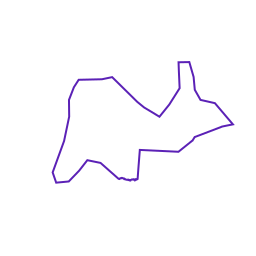 outline of To'vshru'ulex, Arhangay, Mongolia, rotated 47°
{"feature_id": "93677404B19526737982487", "entity_name": "To'vshru'ulex", "entity_type": "district", "adm_level": 2, "iso_a3": "MNG", "parent_name": "Mongolia", "parent_adm1": "Arhangay", "projection": "robinson", "projection_center": [102.181, 47.421], "detail": "fine", "context": "isolated", "style": "outline", "palette": "violet", "viewbox_px": 256, "rotation_deg": 47, "n_neighbors": 0, "source": "geoboundaries", "source_scale": "gbopen_adm2", "svg_char_len": 1580}
<svg xmlns="http://www.w3.org/2000/svg" viewBox="0 0 256 256"><g transform="rotate(47 128 128)"><path d="M114.4,46.2L121.2,52.1L134.1,63.1L139.0,81.8L141.2,97.3L124.0,102.2L115.2,103.4L80.0,104.9L74.6,113.8L59.1,131.2L61.3,139.8L67.2,152.0L79.6,163.3L93.9,183.6L109.1,213.4L119.0,217.8L126.7,207.8L125.9,193.0L125.9,192.9L123.8,179.7L134.8,171.9L158.3,169.6L159.0,169.4L159.5,169.0L159.4,168.5L159.5,168.2L159.5,167.9L159.7,167.6L159.8,167.5L160.0,167.5L160.1,167.4L160.2,167.0L160.1,166.8L160.2,166.6L160.3,166.5L160.5,166.5L160.6,166.4L160.9,166.1L161.2,165.9L161.7,165.9L161.9,165.8L162.1,165.6L162.3,165.6L162.5,165.6L162.5,165.3L162.5,165.2L163.1,165.0L163.4,165.0L163.6,165.1L163.9,164.9L164.2,164.7L164.5,164.6L164.8,164.4L165.1,164.1L165.3,163.8L165.4,163.7L165.7,163.3L165.9,163.2L166.1,162.9L166.3,162.9L166.5,163.1L166.7,162.9L166.7,162.7L166.8,162.5L167.0,162.4L167.4,162.5L167.6,162.2L167.9,162.2L168.0,162.1L167.8,161.8L167.8,161.5L167.9,161.3L168.0,161.2L168.1,160.8L168.1,160.6L168.4,160.1L168.7,159.9L169.1,159.6L169.3,159.5L169.3,159.2L169.2,159.0L169.3,158.9L169.5,158.7L169.8,158.6L170.3,158.6L170.5,158.3L170.5,158.1L170.8,158.2L171.0,158.3L171.0,158.1L171.0,157.9L171.2,157.7L171.3,157.6L171.4,157.3L171.4,157.2L171.2,157.0L171.1,156.8L171.2,156.6L171.4,156.5L171.5,156.4L171.6,156.2L171.9,156.0L171.9,155.9L171.8,155.7L165.4,148.8L152.1,134.3L179.8,107.3L181.1,89.5L181.2,89.4L180.1,85.4L191.0,58.6L191.0,58.4L193.8,53.8L196.9,48.8L169.1,47.5L156.9,55.8L145.6,53.1L135.4,45.2L121.6,38.2L114.4,46.2Z" fill="none" stroke="#5b21b6" stroke-width="2"/></g></svg>